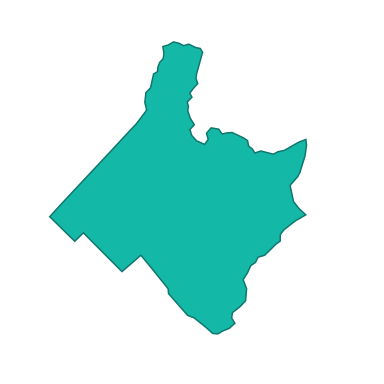 Paverama, Rio Grande do Sul, Brazil (Mercator projection), rotated 224°
{"feature_id": "56859067B40983715015360", "entity_name": "Paverama", "entity_type": "district", "adm_level": 2, "iso_a3": "BRA", "parent_name": "Brazil", "parent_adm1": "Rio Grande do Sul", "projection": "mercator", "projection_center": [-51.725, -29.575], "detail": "fine", "context": "isolated", "style": "filled", "palette": "teal", "viewbox_px": 384, "rotation_deg": 224, "n_neighbors": 0, "source": "geoboundaries", "source_scale": "gbopen_adm2", "svg_char_len": 1363}
<svg xmlns="http://www.w3.org/2000/svg" viewBox="0 0 384 384"><g transform="rotate(224 192 192)"><path d="M242.1,75.1L241.8,87.2L229.0,86.9L187.1,86.1L185.9,98.7L184.9,111.0L172.2,109.6L141.9,105.8L138.3,102.6L109.4,100.2L103.1,102.9L88.1,104.3L78.9,104.6L74.9,107.8L73.3,113.4L70.4,120.1L70.0,127.4L75.9,128.9L79.1,133.3L77.8,142.9L77.9,151.0L85.5,160.3L94.3,164.5L96.0,172.6L98.6,179.8L97.4,185.4L99.2,191.0L95.8,196.9L95.5,206.5L95.5,211.6L94.5,218.0L98.9,222.7L99.6,228.8L97.7,242.6L94.3,254.6L103.5,254.4L112.2,255.6L126.1,264.9L126.6,276.5L128.0,281.1L135.7,296.4L142.1,305.2L146.6,308.9L149.9,301.8L154.5,286.1L158.1,280.7L159.8,275.7L171.0,269.3L173.9,263.7L178.5,264.9L183.1,264.3L187.8,267.6L192.8,266.6L204.4,262.7L208.1,258.6L210.7,254.6L216.4,255.8L222.8,251.4L222.4,244.3L216.9,241.1L216.0,235.0L224.2,232.0L231.4,232.5L236.9,235.4L237.0,241.9L244.6,243.9L251.5,247.5L254.0,251.0L257.9,253.4L257.9,260.2L262.2,261.5L263.0,267.3L263.2,274.0L268.1,276.5L270.9,280.4L281.4,299.8L285.8,301.0L289.5,298.6L297.0,296.1L299.7,291.4L304.6,290.0L309.5,287.2L311.3,281.1L314.0,276.4L308.3,272.1L305.3,267.6L305.3,263.0L303.4,258.3L300.4,254.6L301.6,250.2L294.2,238.1L294.2,231.5L288.2,223.7L281.6,219.5L280.9,214.8L279.4,201.9L279.4,196.2L278.8,166.9L278.2,125.5L277.7,93.1L277.2,75.4L242.1,75.1Z" fill="#14b8a6" stroke="#0f766e" stroke-width="1.5"/></g></svg>